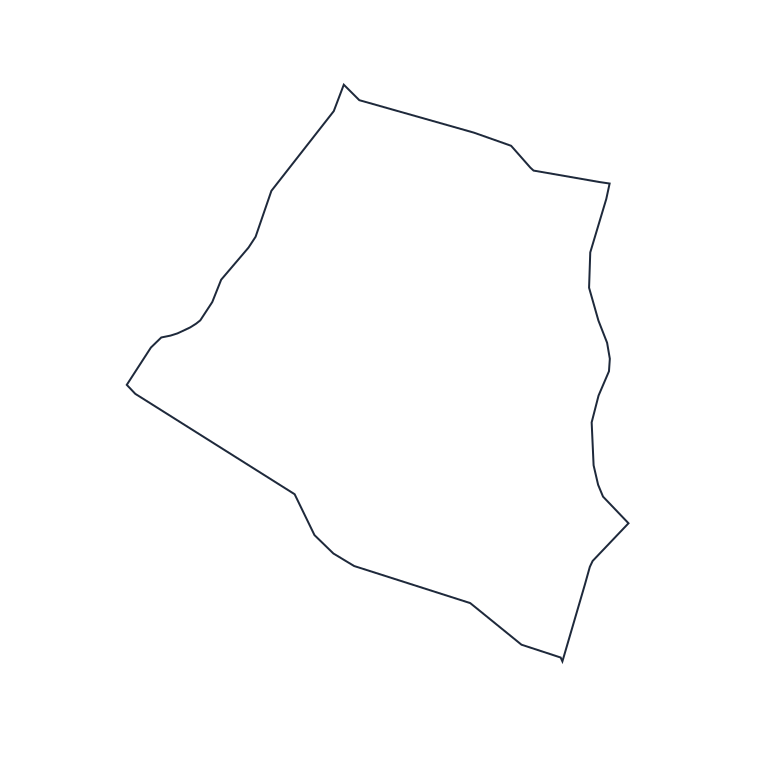 map outline of Carazo (Natural Earth projection), rotated 351°
{"feature_id": "NIC-654", "entity_name": "Carazo", "entity_type": "Department", "adm_level": 1, "iso_a3": "NIC", "parent_name": "Nicaragua", "parent_adm1": "", "projection": "natural_earth1", "projection_center": [-86.252, 11.738], "detail": "fine", "context": "isolated", "style": "outline", "palette": "slate", "viewbox_px": 768, "rotation_deg": 351, "n_neighbors": 0, "source": "natural_earth", "source_scale": "10m", "svg_char_len": 752}
<svg xmlns="http://www.w3.org/2000/svg" viewBox="0 0 768 768"><g transform="rotate(351 384 384)"><path d="M516.8,685.9L515.7,681.8L479.0,663.0L434.9,613.9L326.0,559.1L307.5,543.5L291.7,522.4L278.5,478.9L136.8,354.8L129.8,344.6L159.5,311.5L171.3,303.2L180.7,302.8L187.9,301.7L201.4,297.8L207.9,295.0L212.5,292.4L227.2,276.2L239.5,255.5L271.5,228.1L280.2,218.5L303.0,175.6L377.1,106.6L391.1,82.1L404.0,99.8L512.1,149.8L546.8,168.6L562.4,193.2L565.1,196.6L628.0,218.1L638.2,221.3L632.5,236.0L608.3,286.3L601.6,321.0L605.7,354.9L610.8,378.2L611.0,394.4L608.2,406.6L594.1,429.0L583.1,454.4L578.3,497.1L579.7,517.0L582.7,529.5L603.7,559.8L562.4,591.4L558.7,596.8L551.0,613.6L516.9,685.7L516.8,685.9Z" fill="none" stroke="#1e293b" stroke-width="2"/></g></svg>